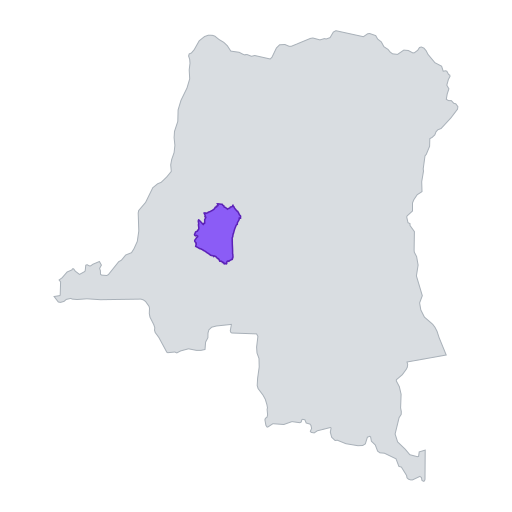 Oshwe, Bandundu, Democratic Republic of the Congo shown in context
{"feature_id": "63176286B4112889633509", "entity_name": "Oshwe", "entity_type": "district", "adm_level": 2, "iso_a3": "COD", "parent_name": "Democratic Republic of the Congo", "parent_adm1": "Bandundu", "projection": "robinson", "projection_center": [19.895, -3.147], "detail": "fine", "context": "in_parent", "style": "filled", "palette": "violet", "viewbox_px": 512, "rotation_deg": 0, "n_neighbors": 0, "source": "geoboundaries", "source_scale": "gbopen_adm2", "svg_char_len": 8791}
<svg xmlns="http://www.w3.org/2000/svg" viewBox="0 0 512 512"><path d="M446.2,355.0L407.0,362.0L407.7,364.5L407.3,367.2L406.3,369.2L402.3,374.7L396.4,379.7L396.3,380.9L399.3,386.6L401.1,394.3L400.6,407.9L401.3,411.6L401.2,414.4L399.1,417.6L395.1,434.0L397.6,441.9L405.3,449.3L409.8,454.7L417.4,456.7L418.6,456.4L419.2,451.9L425.2,450.1L425.0,479.3L424.5,480.9L423.4,481.3L421.9,480.3L421.5,477.6L419.9,476.4L412.5,479.9L410.6,479.9L408.5,479.2L407.0,477.8L406.6,475.5L401.4,467.1L398.9,466.4L396.0,458.8L384.4,453.2L379.9,452.8L377.6,451.1L375.3,445.0L371.4,441.2L370.6,436.9L369.8,436.3L367.4,437.2L365.3,443.9L362.7,445.5L357.9,445.7L345.9,443.7L337.3,440.2L335.1,440.5L331.7,437.3L330.3,432.1L331.1,428.1L330.4,427.5L317.3,430.8L314.2,432.9L311.2,432.4L310.3,431.3L311.6,428.5L311.0,425.5L310.0,424.1L306.2,423.0L304.9,419.8L302.6,419.3L301.8,419.8L301.2,422.0L299.8,422.7L292.0,421.6L283.8,424.5L272.9,423.7L267.7,427.1L267.0,427.0L265.9,425.3L264.9,419.8L265.4,418.3L267.0,417.2L267.6,415.0L267.1,409.2L267.5,407.9L266.9,404.6L265.3,399.3L263.0,395.1L258.1,388.6L257.2,385.6L257.6,378.4L259.2,367.0L259.0,358.5L257.0,353.0L256.6,347.1L257.9,336.4L256.6,333.9L231.8,333.0L230.7,332.2L230.3,330.7L231.4,324.4L216.3,326.0L211.7,327.2L208.9,329.8L208.0,333.0L207.9,337.7L205.6,342.1L205.0,349.5L200.8,350.4L196.6,350.4L188.5,348.8L180.7,350.9L176.8,352.9L174.8,352.0L167.8,352.7L166.8,352.2L158.8,337.4L155.2,332.5L154.5,330.1L154.8,327.8L153.8,324.7L150.0,317.2L149.3,313.6L149.5,308.1L149.0,306.3L145.6,301.5L143.4,299.9L140.9,299.1L100.4,299.7L86.9,298.8L77.2,299.5L72.2,299.1L70.8,298.4L66.3,299.4L64.0,301.4L60.5,302.4L58.3,302.0L54.1,296.5L59.8,295.6L60.2,295.0L60.6,281.9L59.1,280.0L62.1,277.8L67.1,272.0L71.9,269.9L72.5,268.8L73.6,268.8L75.3,271.2L79.5,274.4L84.6,271.6L85.2,270.8L85.8,265.2L87.1,264.7L89.3,265.9L90.6,265.9L92.8,264.3L99.4,261.5L101.4,265.1L99.6,268.4L100.4,270.7L100.5,274.3L101.6,275.1L106.8,275.5L108.4,274.6L118.7,261.7L121.4,260.2L125.7,255.0L131.5,252.7L134.0,248.7L137.3,241.4L138.8,231.0L138.2,213.0L138.7,210.5L145.6,202.4L152.8,187.7L157.6,183.8L161.2,182.3L166.8,176.9L171.3,171.4L170.7,164.9L171.7,159.5L174.1,152.6L174.9,145.4L174.1,137.7L174.5,131.4L177.8,121.4L178.1,109.9L181.0,100.3L187.0,88.0L189.7,78.9L189.2,69.9L190.0,63.3L189.7,59.4L188.6,56.0L189.2,53.9L191.4,53.0L194.2,49.7L199.2,40.8L204.6,36.5L208.4,35.2L212.3,35.3L214.8,36.1L219.0,39.5L223.7,42.3L227.3,45.7L230.8,51.1L239.2,52.3L242.8,54.2L245.0,55.0L245.8,54.5L247.5,54.7L251.5,56.3L254.7,55.5L270.2,59.0L272.0,57.2L276.4,48.0L279.6,44.8L284.9,44.5L289.1,46.3L291.3,46.3L310.4,38.4L312.9,38.0L319.9,39.9L324.4,38.6L326.2,39.0L330.1,37.6L333.3,32.1L335.9,30.7L363.4,36.7L367.6,33.8L369.6,33.5L375.7,35.6L377.6,39.0L381.3,41.9L383.9,46.7L388.0,49.4L390.1,52.0L392.5,53.8L397.5,54.4L403.8,50.1L408.3,50.5L412.8,52.9L414.3,52.8L417.7,50.3L419.5,47.5L421.3,47.0L423.9,48.1L426.1,50.7L428.0,54.4L434.9,62.7L441.6,66.2L443.2,71.2L445.6,70.8L446.8,71.2L448.6,74.5L449.8,75.1L450.0,76.4L448.4,79.4L446.8,85.2L448.9,88.8L447.2,94.0L446.3,99.3L448.5,100.6L451.3,100.6L453.8,103.3L455.8,103.8L457.9,106.7L457.5,109.2L450.9,117.9L441.1,128.5L437.8,129.8L436.0,131.8L434.8,134.9L432.0,137.5L429.8,138.6L429.6,146.3L426.3,154.3L425.0,155.9L423.2,168.9L423.5,171.1L421.7,181.7L422.0,191.6L417.2,194.7L413.9,199.6L412.5,202.9L412.5,211.0L407.1,215.9L406.7,217.0L408.0,222.7L410.0,223.6L410.0,225.5L414.4,231.6L414.1,250.3L414.3,252.2L416.6,256.6L418.1,265.1L416.4,275.9L422.3,295.7L419.6,302.9L420.8,309.9L424.4,317.1L432.7,324.3L434.9,327.2L437.0,331.2L439.0,337.4L446.2,355.0Z" fill="#d9dde1" stroke="#a8b0b8" stroke-width="1"/><path d="M240.5,218.2L240.5,217.5L240.6,216.7L240.6,216.3L240.6,216.1L240.4,215.7L239.8,215.2L239.3,214.6L239.2,214.4L239.2,214.1L238.8,213.5L238.6,213.2L238.6,212.9L238.5,212.7L238.1,212.2L237.8,211.4L237.5,211.2L237.2,211.2L236.8,210.9L236.6,210.5L236.4,210.3L236.1,210.1L235.8,209.7L235.6,209.3L235.5,209.2L235.3,209.1L235.2,209.0L235.0,208.7L234.6,208.2L234.4,207.8L234.2,207.5L234.1,207.1L234.0,206.9L233.5,206.4L233.4,206.2L233.1,205.8L232.9,205.3L232.7,205.5L232.5,206.1L232.5,206.3L232.3,206.4L232.2,206.6L231.9,206.7L231.3,206.9L230.4,207.0L230.0,207.7L229.7,208.0L229.4,208.1L228.9,208.4L228.1,208.6L227.7,209.0L227.4,209.2L227.1,208.8L226.5,208.3L226.3,208.2L225.8,207.8L225.6,207.5L225.0,207.3L224.6,207.2L224.3,207.1L224.2,207.0L224.1,206.8L224.0,206.7L224.0,206.4L223.9,206.0L223.7,205.7L222.9,205.4L222.7,205.0L222.4,204.7L222.2,204.3L221.5,204.3L221.3,204.2L220.3,204.1L218.3,203.8L217.5,203.8L217.4,203.8L217.5,204.0L217.7,204.5L217.8,204.9L217.9,205.2L217.9,205.3L218.0,205.5L217.9,205.7L217.8,205.8L217.5,206.0L216.7,206.0L216.3,206.3L216.3,206.6L216.4,207.0L215.5,207.2L215.3,207.3L215.1,207.4L215.0,207.6L215.0,207.8L215.0,208.0L214.5,208.5L214.1,209.1L213.6,209.6L213.2,209.7L213.0,209.8L212.7,210.2L212.4,210.4L211.9,210.6L211.6,210.7L211.3,210.8L210.9,211.2L209.6,211.8L209.4,211.8L209.2,211.9L208.9,212.0L208.6,212.0L208.3,212.1L208.0,212.6L207.9,212.6L207.6,212.8L207.0,213.0L206.7,213.1L206.4,213.3L206.1,213.1L205.9,213.1L205.7,213.3L205.4,213.2L205.1,212.9L204.8,213.0L204.7,213.0L204.2,212.9L204.1,213.3L204.3,213.7L204.6,213.9L204.6,214.1L204.7,214.5L205.0,215.1L205.1,215.3L205.2,215.5L205.2,215.8L205.1,216.0L204.9,216.6L205.0,216.7L205.1,216.9L205.3,217.1L205.5,217.1L205.8,217.2L205.5,218.2L204.8,219.4L204.7,219.6L204.7,222.7L204.7,223.1L204.6,223.3L204.3,223.3L204.1,223.3L203.7,223.4L203.5,224.0L203.5,224.3L203.4,224.5L203.1,224.4L201.3,222.4L200.3,221.4L199.6,220.6L199.3,220.3L199.1,220.1L198.6,219.9L198.4,220.3L198.3,220.9L198.3,221.2L198.3,221.7L198.4,222.1L198.6,222.9L198.6,223.3L198.7,223.9L198.7,224.1L198.4,224.7L198.6,226.4L198.7,226.8L198.8,227.8L198.8,228.4L198.7,229.0L198.5,229.5L198.4,229.7L198.1,230.0L197.7,230.2L197.7,230.3L197.5,231.0L197.3,231.2L197.1,231.3L196.9,231.3L196.3,231.6L195.9,231.8L195.6,231.9L195.5,232.1L195.4,232.3L195.1,233.2L195.0,233.5L194.5,234.3L194.5,234.5L194.6,234.8L194.6,235.0L194.9,235.5L195.1,235.6L195.3,235.6L195.5,235.8L195.7,235.6L195.9,235.6L196.0,235.5L196.6,235.4L196.8,235.7L197.3,236.0L197.6,236.0L197.7,236.4L197.6,236.7L197.6,236.8L197.0,237.3L196.7,237.5L196.3,238.0L196.1,238.3L196.0,238.6L195.9,238.8L195.3,239.4L195.0,239.9L194.7,240.6L194.7,241.0L194.9,241.6L195.3,242.1L195.7,242.4L195.9,242.7L196.0,242.9L196.1,243.0L196.2,243.4L195.9,243.8L196.2,244.4L196.2,244.6L196.0,245.0L195.8,245.8L195.7,246.4L195.8,246.4L196.3,246.6L196.8,247.0L197.0,247.1L197.5,247.3L198.1,247.7L198.6,247.9L198.8,248.0L199.0,248.3L199.5,248.5L199.8,248.7L200.0,248.7L200.5,248.7L200.9,248.9L201.0,248.9L201.1,249.1L201.5,249.3L202.0,249.4L202.4,249.7L202.6,249.8L202.9,250.1L203.3,250.1L203.6,250.3L203.7,250.5L204.0,250.8L204.5,250.9L205.2,251.3L205.3,251.4L205.6,251.7L205.9,251.8L206.1,252.0L206.8,252.5L207.1,252.7L207.3,253.0L207.5,253.0L207.9,253.1L208.3,253.5L209.1,254.0L209.4,254.3L209.5,254.3L209.8,254.4L210.1,254.7L210.2,255.0L210.4,255.2L210.6,255.3L210.8,255.3L211.0,255.3L211.8,255.5L212.0,255.7L212.3,255.7L212.5,255.6L212.8,255.7L213.2,255.8L213.3,255.8L213.8,255.9L213.8,256.0L213.9,255.9L214.1,255.9L214.3,255.9L214.7,256.2L214.9,256.4L215.1,256.5L215.3,256.5L215.5,256.5L215.7,256.4L215.8,256.5L216.3,257.0L216.4,257.3L216.5,257.5L216.9,257.9L217.1,257.9L217.3,258.0L217.6,258.3L217.7,258.6L217.8,258.6L218.1,258.5L218.4,258.6L218.5,258.7L218.6,259.1L218.9,259.3L219.0,259.4L219.0,259.6L219.2,259.8L219.3,259.9L219.3,260.3L219.6,260.6L219.6,260.8L219.7,261.2L220.1,261.3L220.4,261.3L220.9,261.2L221.1,261.3L221.6,261.3L221.8,261.5L222.0,261.8L222.3,261.9L222.4,262.0L222.5,262.4L222.5,262.5L222.8,262.5L223.2,262.3L223.5,262.4L223.8,262.7L223.9,263.0L223.9,263.5L224.2,263.5L224.3,263.6L224.4,263.8L224.6,263.9L224.8,263.7L225.2,263.7L225.3,263.5L225.5,263.5L225.9,263.8L226.1,263.9L226.4,263.9L226.6,263.7L226.8,263.2L226.6,262.7L226.8,262.3L226.9,261.8L227.0,261.5L227.1,261.4L227.4,261.4L227.6,261.3L227.7,261.1L228.0,261.2L228.4,261.2L228.7,261.4L228.9,261.4L229.0,261.3L229.0,261.1L229.1,260.8L229.1,260.7L229.7,260.6L230.3,260.2L231.4,259.7L231.5,259.6L231.8,259.6L231.9,259.4L232.3,259.3L232.3,259.2L232.2,259.1L232.4,258.7L232.4,258.3L232.4,258.2L232.7,258.1L232.8,257.8L232.9,257.4L233.0,256.8L232.9,256.2L232.9,255.7L232.8,254.3L232.6,253.6L232.6,251.7L232.6,250.7L232.5,247.7L232.3,243.8L232.3,242.0L232.2,240.5L232.3,240.1L232.2,238.6L232.2,238.1L232.2,237.9L232.5,237.3L232.9,236.0L232.9,235.9L232.8,235.7L232.9,235.3L233.0,234.7L233.1,234.4L233.2,233.9L233.2,233.7L233.4,233.6L233.6,232.9L234.3,230.2L234.7,229.0L235.4,227.2L235.9,226.0L236.0,225.6L236.2,225.2L236.5,224.9L237.3,224.3L237.3,223.1L237.5,222.5L237.9,221.8L238.5,220.8L239.1,219.7L239.2,219.1L239.2,218.6L239.3,218.0L240.5,218.2Z" fill="#8b5cf6" stroke="#5b21b6" stroke-width="1.5"/></svg>